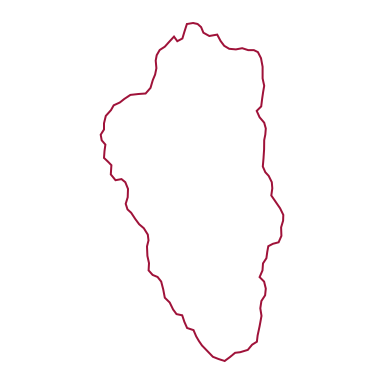 Casa Grande, Minas Gerais, Brazil
{"feature_id": "56859067B9133009915462", "entity_name": "Casa Grande", "entity_type": "district", "adm_level": 2, "iso_a3": "BRA", "parent_name": "Brazil", "parent_adm1": "Minas Gerais", "projection": "equal_earth", "projection_center": [-43.938, -20.84], "detail": "fine", "context": "isolated", "style": "outline", "palette": "rose", "viewbox_px": 384, "rotation_deg": 0, "n_neighbors": 0, "source": "geoboundaries", "source_scale": "gbopen_adm2", "svg_char_len": 1673}
<svg xmlns="http://www.w3.org/2000/svg" viewBox="0 0 384 384"><path d="M264.1,281.6L259.6,277.1L262.5,270.4L263.0,263.4L266.4,258.2L267.3,251.6L268.3,246.2L272.9,243.8L278.6,242.3L281.4,235.9L281.1,227.4L283.1,220.7L283.3,214.9L280.1,208.3L275.7,201.9L271.3,195.5L272.3,188.3L271.8,182.2L268.7,175.9L265.3,172.2L262.8,166.5L263.5,158.5L264.1,149.2L264.2,140.1L265.3,134.6L265.8,128.5L264.2,122.7L259.6,117.3L256.7,110.9L261.2,106.4L262.1,99.1L263.1,92.2L264.2,85.8L262.6,78.4L262.6,66.8L261.0,58.2L257.9,52.1L253.8,50.1L248.1,50.1L242.2,48.2L235.9,49.4L229.2,48.8L224.2,45.8L220.6,41.0L217.2,34.6L209.3,36.0L203.4,32.7L201.1,27.1L197.6,24.0L193.0,23.0L186.9,24.0L184.4,31.8L182.4,38.5L177.3,41.2L174.0,36.6L169.2,41.8L164.8,46.7L159.7,50.0L156.7,55.2L155.7,60.6L156.4,68.2L155.1,74.6L152.8,80.1L150.5,87.9L145.6,93.5L138.5,94.0L130.4,94.9L124.5,98.8L119.8,102.5L113.7,105.3L111.0,110.1L105.8,115.9L104.0,123.3L104.0,129.5L100.7,134.7L101.7,140.3L105.4,144.6L104.5,151.0L104.0,157.9L108.1,161.8L111.4,165.2L110.8,174.4L115.5,180.2L121.5,179.1L125.3,182.2L128.0,188.9L127.7,197.3L125.7,203.8L127.5,209.4L131.2,212.8L135.2,218.9L139.2,224.3L143.8,228.2L147.8,234.6L148.5,240.4L147.0,246.4L147.4,255.9L149.0,263.2L148.6,270.4L152.6,274.9L157.6,277.0L161.2,281.6L163.2,289.3L164.8,297.7L169.7,302.5L173.1,309.5L176.5,314.1L182.2,315.3L184.4,321.9L187.1,328.0L193.5,330.1L196.2,336.4L198.9,341.0L202.0,345.5L207.9,351.6L212.9,356.8L218.5,359.0L224.6,361.0L229.9,357.1L235.1,352.8L240.2,352.2L247.8,349.9L252.1,344.7L256.9,341.7L257.6,335.6L259.6,326.2L261.5,315.9L260.3,308.3L261.4,301.0L265.1,295.3L265.8,288.6L264.1,281.6Z" fill="none" stroke="#9f1239" stroke-width="2"/></svg>